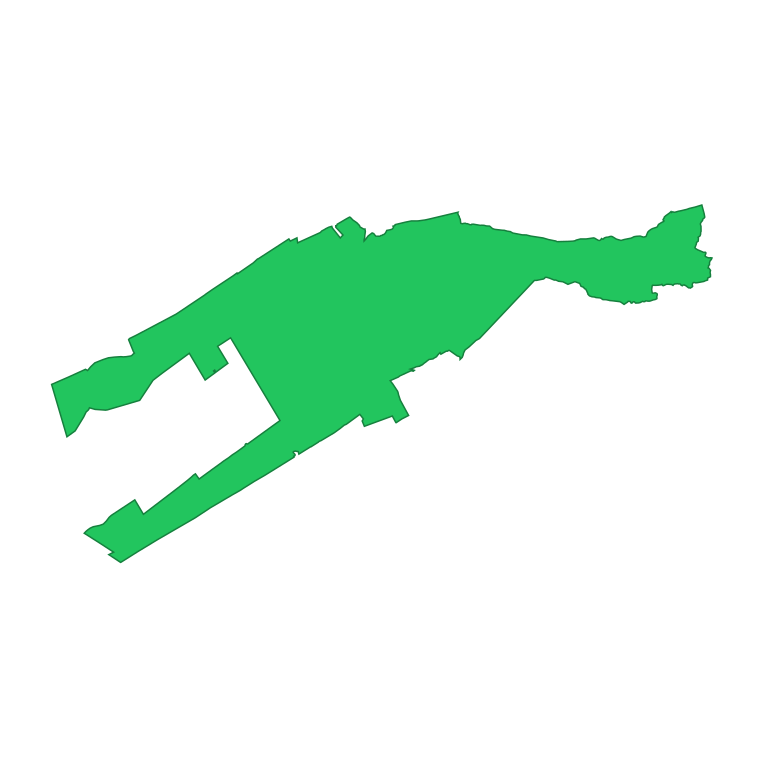 Pietroasele, Buzau, Romania (Albers equal-area conic projection), rotated 88°
{"feature_id": "2599482B21343855806464", "entity_name": "Pietroasele", "entity_type": "district", "adm_level": 2, "iso_a3": "ROU", "parent_name": "Romania", "parent_adm1": "Buzau", "projection": "albers", "projection_center": [26.589, 45.1], "detail": "fine", "context": "isolated", "style": "filled", "palette": "green", "viewbox_px": 768, "rotation_deg": 88, "n_neighbors": 0, "source": "geoboundaries", "source_scale": "gbopen_adm2", "svg_char_len": 6055}
<svg xmlns="http://www.w3.org/2000/svg" viewBox="0 0 768 768"><g transform="rotate(88 384 384)"><path d="M544.9,665.0L553.1,653.5L552.9,653.0L542.7,635.5L531.6,615.7L511.1,577.3L501.6,561.8L489.5,539.5L484.9,530.7L483.5,528.5L476.8,517.0L471.1,506.3L454.0,476.5L453.0,476.8L452.8,475.9L452.2,475.4L451.3,475.4L449.3,477.1L448.7,477.1L448.2,476.4L447.9,474.6L448.2,474.2L448.5,472.1L451.1,471.5L444.2,459.6L444.3,459.3L439.8,451.6L439.0,450.7L438.5,449.1L430.9,435.3L426.7,429.1L423.4,424.7L423.3,423.8L422.3,422.1L413.5,409.2L418.2,405.8L420.2,407.1L425.6,405.1L416.3,376.8L423.0,373.5L423.1,373.2L419.5,367.3L416.3,360.5L400.9,368.2L395.5,369.8L392.8,370.3L391.7,370.7L384.3,375.2L380.9,377.7L377.5,369.3L376.5,368.0L371.7,356.5L372.2,354.2L371.4,353.2L370.0,357.1L368.9,353.4L367.9,351.3L367.4,347.5L366.7,347.0L366.7,346.2L366.4,346.0L366.2,345.1L364.5,343.0L363.4,341.3L362.4,340.1L362.3,339.8L361.1,338.3L360.6,334.1L359.9,333.1L358.6,330.6L356.6,329.0L354.6,326.9L356.2,326.1L353.4,320.7L353.4,319.4L352.6,318.0L352.8,317.3L358.5,309.8L359.0,308.3L359.3,307.6L359.9,307.1L362.1,307.1L360.1,304.9L357.8,303.9L355.8,303.4L352.8,301.8L349.8,297.6L343.7,290.6L341.9,287.0L285.7,230.0L285.8,228.1L284.6,220.8L284.0,219.9L283.2,219.3L283.0,218.5L283.1,217.6L284.0,214.9L286.1,210.2L286.0,209.3L286.4,208.0L287.4,206.0L288.1,201.6L290.8,196.7L288.4,189.6L290.3,184.9L293.2,183.7L294.3,181.2L295.7,180.3L296.2,179.1L299.1,177.7L299.8,177.6L300.5,177.1L301.4,177.1L303.1,175.6L304.1,173.1L304.4,170.6L305.0,169.2L305.5,165.1L306.1,163.7L307.0,162.9L307.3,162.3L307.5,159.1L308.3,155.9L308.5,155.5L308.8,152.8L310.0,145.3L310.7,144.1L312.8,141.3L310.8,138.0L309.9,137.1L310.1,135.1L311.8,134.1L311.6,133.1L310.5,132.0L310.5,131.4L310.6,130.9L311.9,129.8L311.9,127.1L311.6,125.2L310.4,122.7L310.8,121.7L310.8,120.8L310.7,120.3L310.2,119.9L310.0,119.4L310.3,118.1L310.5,116.1L310.3,114.9L309.3,111.8L309.1,110.2L308.4,108.5L307.8,108.2L306.4,108.4L304.5,107.8L303.6,107.8L303.0,108.3L302.3,109.9L302.6,110.9L302.6,112.3L302.3,112.8L298.9,113.2L295.4,112.6L294.7,112.2L294.9,109.0L294.8,106.0L294.6,104.2L294.1,102.8L294.9,102.5L295.3,102.0L295.5,101.3L294.2,98.3L294.2,96.7L294.6,93.2L295.5,91.7L294.6,90.9L294.2,90.0L294.0,87.1L294.3,86.0L294.3,85.2L294.5,84.4L295.8,83.5L296.2,82.3L295.7,81.9L295.4,80.5L295.8,80.1L295.9,79.6L296.5,78.7L298.5,76.3L298.7,74.6L298.8,74.5L297.9,72.8L297.5,72.4L297.0,72.1L295.8,72.5L295.1,72.4L294.1,72.0L293.4,71.3L293.4,70.1L293.8,69.0L293.7,67.3L292.7,60.7L292.2,59.7L291.4,57.0L289.4,56.8L288.2,54.0L286.2,53.9L283.8,54.2L281.8,53.7L279.9,55.0L279.3,56.1L278.5,55.6L277.1,55.6L276.2,54.5L274.3,54.5L273.0,54.1L271.6,53.3L271.4,52.8L270.8,52.4L269.5,51.8L269.2,53.0L269.3,55.0L268.7,56.7L268.0,57.9L267.5,58.5L266.7,58.6L264.9,57.8L264.2,57.7L263.6,58.1L263.5,60.3L262.9,61.4L260.7,66.1L259.4,68.0L258.6,68.5L255.1,67.0L253.4,66.7L252.2,65.0L249.9,64.7L249.0,64.7L248.4,65.0L247.9,64.6L247.5,63.5L246.8,62.9L245.5,62.4L243.3,62.2L242.5,61.8L237.5,61.7L235.1,62.3L233.6,61.6L231.7,59.9L230.6,59.8L229.2,58.1L228.4,57.6L225.0,58.1L216.2,60.1L218.0,66.8L219.2,72.8L220.0,75.2L221.2,81.1L221.6,83.7L222.4,86.9L222.5,88.1L222.0,89.4L222.1,89.9L222.6,90.6L221.7,91.1L223.0,92.6L225.6,96.5L227.0,98.1L227.9,98.3L229.4,99.4L230.1,99.2L230.8,98.5L231.3,98.8L232.4,101.2L234.1,104.1L236.1,105.2L236.8,105.9L238.1,110.4L239.1,112.3L240.5,114.2L241.5,115.1L245.7,117.0L246.2,119.0L246.2,119.7L245.1,122.8L245.2,126.6L245.5,128.9L246.8,131.8L248.0,139.0L248.8,142.1L247.3,146.7L244.7,150.6L244.4,151.6L244.4,152.8L245.0,154.8L245.1,156.8L245.5,158.1L245.8,158.9L246.7,159.6L246.9,160.3L246.2,161.5L247.7,162.6L248.0,163.2L248.1,163.9L247.8,165.0L245.6,168.4L245.3,169.5L246.1,177.0L245.9,182.6L246.9,187.0L247.5,188.0L247.8,190.1L247.9,194.6L247.8,206.1L247.1,207.3L245.4,214.5L243.6,219.9L241.3,232.1L240.0,236.6L239.8,240.4L237.6,250.1L236.1,252.4L235.5,255.6L234.6,258.4L234.4,260.7L233.3,267.9L232.5,270.1L229.9,272.9L229.6,276.2L228.9,278.5L228.7,281.1L228.8,282.2L227.4,289.0L227.4,290.7L227.9,291.3L227.8,292.5L226.7,295.0L226.6,296.3L226.1,297.4L226.3,298.1L226.3,299.2L226.6,299.8L226.4,300.8L226.1,301.7L222.2,302.0L220.1,302.9L219.1,303.0L218.0,303.7L216.7,304.2L215.3,304.2L214.9,304.0L220.8,333.4L221.5,337.3L222.2,344.3L222.0,351.0L223.0,357.0L225.1,367.3L225.6,367.3L226.2,368.0L226.6,369.5L227.2,369.1L228.0,369.2L229.1,370.0L229.6,370.7L230.1,372.6L230.6,375.9L232.0,376.6L233.5,377.6L234.5,378.7L234.7,379.8L235.4,380.7L235.4,381.7L236.2,383.0L236.0,386.8L235.8,387.2L233.2,389.1L233.0,389.9L232.6,390.6L235.6,394.8L238.3,396.9L240.4,398.9L239.3,398.9L236.7,398.1L235.4,398.1L231.0,397.3L228.4,397.6L228.5,398.6L228.2,399.3L226.2,402.5L224.7,403.0L222.0,405.4L219.0,409.4L216.3,411.8L216.0,412.6L217.5,415.6L222.7,425.2L224.1,425.8L224.3,426.0L224.2,426.7L225.7,426.7L233.7,419.8L236.5,422.6L226.3,430.2L224.6,430.7L225.4,433.8L226.8,436.9L227.5,438.0L228.9,440.9L230.4,442.4L239.9,465.4L234.9,465.9L237.9,472.7L235.7,474.0L254.6,505.5L254.6,506.0L258.4,510.4L268.7,526.5L267.9,527.0L270.8,531.3L283.6,552.2L288.3,559.5L288.7,559.9L306.9,589.3L326.9,630.5L329.7,636.8L330.8,637.7L342.9,633.3L344.4,632.4L345.7,634.1L346.7,635.0L347.2,636.3L347.7,640.7L347.8,643.7L347.5,645.8L347.7,652.4L348.2,658.5L349.8,664.0L352.8,672.3L356.5,676.5L360.2,679.8L358.9,681.8L366.1,699.2L372.8,716.2L425.7,702.7L420.1,694.3L406.5,685.3L401.6,682.7L400.1,680.9L399.2,680.0L397.5,679.2L399.3,673.6L400.4,663.1L400.2,661.3L391.8,628.7L372.2,614.7L365.6,605.5L346.5,577.5L373.8,562.6L367.0,552.6L365.0,553.9L364.2,552.7L366.3,551.6L357.9,539.3L340.5,549.0L332.5,535.7L416.9,489.2L439.2,522.4L439.1,523.0L438.8,523.6L438.9,524.1L439.5,524.7L441.1,525.2L447.0,533.9L449.6,538.2L452.3,541.9L455.1,546.5L459.3,552.6L463.3,558.6L472.5,572.1L467.2,575.6L468.5,577.7L470.2,579.6L473.5,583.8L481.3,594.5L505.8,629.0L491.1,637.1L505.7,661.0L507.6,663.3L511.3,666.3L514.2,669.4L515.4,673.0L516.5,679.6L517.8,682.7L519.4,685.1L521.0,687.1L522.7,688.8L532.4,674.6L542.6,660.1L544.9,665.0Z" fill="#22c55e" stroke="#15803d" stroke-width="1.5"/></g></svg>